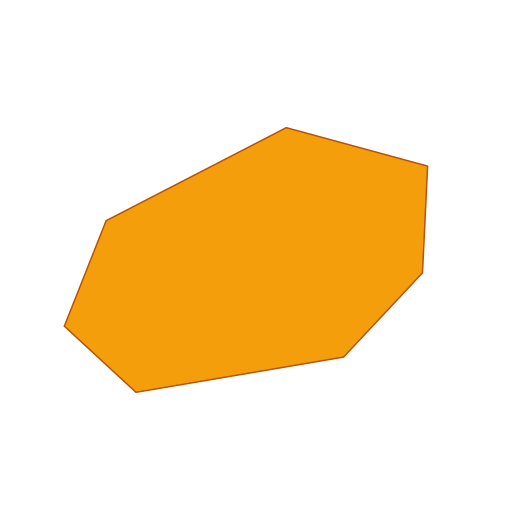 an SVG outline of Kayangel, rotated 222°
{"feature_id": "PLW-5248", "entity_name": "Kayangel", "entity_type": "state/province", "adm_level": 1, "iso_a3": "PLW", "parent_name": "Palau", "parent_adm1": "", "projection": "albers", "projection_center": [134.709, 8.073], "detail": "fine", "context": "isolated", "style": "filled", "palette": "amber", "viewbox_px": 512, "rotation_deg": 222, "n_neighbors": 0, "source": "natural_earth", "source_scale": "10m", "svg_char_len": 264}
<svg xmlns="http://www.w3.org/2000/svg" viewBox="0 0 512 512"><g transform="rotate(222 256 256)"><path d="M254.0,74.4L351.5,75.6L391.0,182.0L319.4,371.6L188.6,437.6L121.0,354.9L123.3,239.5L254.0,74.4Z" fill="#f59e0b" stroke="#b45309" stroke-width="1.5"/></g></svg>